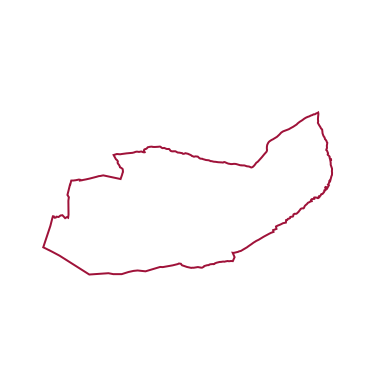 Negresti, Neamt, Romania (Equal Earth projection), rotated 137°
{"feature_id": "2599482B27531373518926", "entity_name": "Negresti", "entity_type": "district", "adm_level": 2, "iso_a3": "ROU", "parent_name": "Romania", "parent_adm1": "Neamt", "projection": "equal_earth", "projection_center": [26.323, 47.038], "detail": "fine", "context": "isolated", "style": "outline", "palette": "rose", "viewbox_px": 384, "rotation_deg": 137, "n_neighbors": 0, "source": "geoboundaries", "source_scale": "gbopen_adm2", "svg_char_len": 5943}
<svg xmlns="http://www.w3.org/2000/svg" viewBox="0 0 384 384"><g transform="rotate(137 192 192)"><path d="M335.3,244.5L332.3,235.8L323.4,201.7L308.5,189.6L305.5,185.5L299.5,179.9L295.3,177.9L293.0,176.8L288.6,174.2L285.3,171.7L280.1,165.7L266.4,158.9L264.6,157.0L256.1,151.5L251.6,149.0L250.3,148.6L249.1,147.1L249.3,145.3L246.8,140.6L244.3,137.0L243.6,136.6L242.2,135.3L238.9,133.1L238.5,132.6L238.0,131.8L237.6,131.5L237.4,131.0L236.4,129.9L236.2,129.8L234.5,129.3L233.6,129.5L230.8,128.1L229.6,127.1L229.4,127.1L229.0,127.1L228.2,126.8L227.7,126.5L226.0,125.2L225.5,124.8L225.5,124.6L224.7,124.1L224.0,124.2L222.4,123.6L219.7,122.1L219.1,121.7L218.5,121.1L217.4,120.4L216.5,119.7L216.2,119.4L216.1,119.2L215.7,118.8L214.7,118.3L213.0,117.2L212.5,116.5L211.5,115.6L210.6,115.0L209.3,113.6L205.3,115.3L203.7,119.8L203.0,119.0L200.0,117.3L199.4,116.9L198.1,116.5L196.5,115.6L189.3,114.0L188.0,113.9L184.0,113.3L181.4,113.0L180.6,112.8L178.4,112.4L175.8,111.6L170.0,110.4L163.9,108.8L161.9,108.2L159.6,107.2L158.7,108.8L155.4,107.4L154.1,109.5L152.3,109.0L149.5,107.9L146.7,107.1L144.2,105.6L143.9,105.9L142.8,106.7L142.4,107.3L142.0,107.2L141.8,107.0L141.5,106.6L141.1,106.6L140.4,106.9L139.8,106.8L139.3,106.4L138.6,106.2L138.1,106.1L137.1,106.7L135.0,105.3L134.2,105.5L133.4,106.2L132.9,106.4L132.4,106.2L131.8,106.1L130.9,105.2L130.4,104.9L129.8,104.8L128.9,104.8L128.4,104.9L128.1,104.8L127.6,104.8L126.8,105.0L124.7,105.3L124.1,105.5L123.9,105.5L122.7,105.0L122.3,104.7L121.8,104.1L121.4,104.0L120.7,104.1L119.8,104.6L119.1,104.8L118.6,104.9L117.2,104.9L116.5,104.8L114.9,105.0L114.4,105.0L113.9,104.8L112.7,104.4L111.6,104.3L111.3,104.2L110.9,103.7L110.7,103.6L110.5,104.0L110.5,104.5L110.5,104.9L110.0,105.1L109.3,105.1L108.7,104.6L108.0,104.3L107.5,103.7L107.3,103.6L106.7,104.5L106.4,104.6L106.2,104.5L106.0,104.0L105.9,103.9L105.3,103.7L105.2,103.5L104.8,103.0L104.6,102.6L104.4,102.3L104.0,102.0L103.6,102.0L103.9,101.7L104.0,101.6L103.9,101.5L103.4,101.4L102.8,101.5L102.8,101.4L102.5,101.3L101.8,102.2L101.5,102.0L101.4,101.9L101.0,101.7L100.5,101.7L99.1,102.2L98.7,102.2L98.2,101.7L97.6,101.6L97.0,101.7L95.9,101.8L95.8,102.0L95.3,102.0L94.4,102.3L94.3,102.6L94.3,102.8L94.0,103.0L93.8,103.0L93.6,102.8L93.4,102.5L93.1,102.3L92.7,102.4L92.1,102.8L91.8,103.9L91.6,104.4L90.9,104.6L90.7,104.5L90.6,104.3L91.0,103.5L91.3,102.5L91.2,102.3L90.6,102.4L90.3,102.6L90.1,102.9L89.9,103.0L89.4,102.9L87.3,103.6L87.5,104.4L87.5,104.7L86.5,104.8L85.5,105.3L84.6,105.9L83.8,106.5L83.3,106.4L82.8,106.7L82.1,106.8L82.2,106.6L79.2,108.5L78.0,109.0L76.4,110.6L75.5,111.8L74.2,113.0L73.6,113.7L73.4,114.2L72.0,117.3L70.7,118.7L70.1,119.6L69.6,120.3L69.3,120.8L69.2,120.6L68.6,120.4L68.3,120.7L67.9,121.3L68.2,122.8L67.9,123.4L67.3,123.9L67.2,124.2L67.2,124.6L67.2,125.6L67.3,126.3L67.3,126.7L67.1,127.0L66.1,127.5L65.5,129.1L65.1,130.1L65.0,130.7L65.1,131.2L64.7,131.3L64.3,131.7L63.3,132.1L61.8,133.9L59.5,135.7L59.4,136.4L59.1,137.1L58.8,137.8L58.6,139.3L58.7,139.9L58.2,140.8L57.8,141.7L57.8,142.5L57.4,143.9L56.5,145.9L55.4,147.3L54.2,149.0L54.3,150.4L53.8,152.1L53.5,153.9L52.8,156.7L51.5,157.7L50.3,159.3L48.5,161.0L47.1,162.2L46.3,162.9L45.5,164.1L46.4,164.3L47.7,164.8L49.0,165.0L49.4,165.2L50.0,165.8L50.4,166.0L51.3,166.1L53.0,166.9L54.5,167.3L55.7,167.8L56.4,168.2L56.7,168.2L58.1,168.7L60.2,169.1L62.3,169.3L65.5,169.9L68.1,170.1L69.4,170.0L69.9,170.1L73.5,170.7L75.8,171.3L78.4,171.9L84.0,174.2L86.3,174.6L88.7,174.4L92.2,174.4L97.1,175.4L98.3,175.8L100.8,176.2L101.6,176.2L102.7,176.0L104.8,175.2L105.6,174.6L106.5,173.9L108.0,172.3L108.3,171.7L108.5,171.5L109.4,170.9L110.2,170.6L113.5,170.3L117.2,169.8L122.9,169.3L123.8,169.3L124.5,169.5L125.2,169.5L127.8,169.0L128.7,168.9L130.6,168.9L131.1,169.1L131.8,169.4L132.1,169.8L132.4,170.6L132.9,171.7L134.4,173.5L135.5,175.6L136.7,176.8L137.4,177.4L137.6,177.8L138.5,178.7L140.2,181.6L140.7,182.4L141.4,183.3L142.4,184.2L143.8,185.2L144.6,186.0L145.3,187.0L145.9,187.7L146.5,188.8L147.5,191.1L147.7,191.6L148.1,191.9L148.5,192.2L149.3,192.4L150.1,193.4L151.0,194.3L152.6,196.0L154.1,197.9L155.4,199.3L156.3,200.7L156.7,201.3L157.2,201.7L157.5,202.3L157.8,203.2L158.4,204.1L160.0,205.9L160.2,206.3L161.7,208.8L161.9,209.4L162.8,210.3L163.4,211.3L163.6,212.6L163.6,213.8L164.0,214.4L165.3,215.8L166.4,216.4L166.7,216.8L167.1,217.8L167.5,218.4L167.5,219.1L167.8,220.1L168.1,220.8L168.6,221.9L168.9,222.7L170.4,224.9L171.1,225.1L171.9,225.5L172.5,226.1L172.7,226.4L172.7,227.1L173.9,228.7L174.3,229.3L175.0,230.0L175.6,230.7L176.1,232.4L176.6,233.4L177.7,234.2L178.0,234.7L178.8,235.2L179.6,236.7L179.5,237.4L179.4,238.7L179.5,239.2L181.0,240.5L181.5,241.4L182.2,243.1L182.8,243.6L183.5,244.0L183.9,244.7L184.1,245.4L184.1,246.1L184.2,246.3L184.3,246.8L184.5,247.1L186.1,248.3L186.5,248.7L186.9,248.9L187.4,249.4L188.4,250.2L189.8,251.6L190.2,252.1L190.3,252.4L191.1,253.1L192.0,253.8L193.9,254.9L195.3,254.7L196.7,255.0L196.9,255.3L197.9,255.6L198.4,255.4L199.0,255.0L199.3,254.3L199.4,253.3L199.5,253.3L200.0,253.7L200.4,254.2L200.8,254.8L201.3,256.0L202.3,256.8L203.4,257.4L204.4,258.7L205.0,259.3L206.2,260.0L207.3,260.4L208.9,261.3L213.4,264.8L217.2,267.5L218.7,268.5L219.4,269.2L221.0,271.0L224.1,272.5L225.3,267.8L225.1,266.5L225.3,265.0L226.5,264.1L226.8,263.1L226.9,261.5L227.3,260.3L227.3,260.0L227.8,259.2L227.6,258.6L227.3,257.9L227.1,256.6L227.1,256.0L227.7,255.1L228.0,254.7L228.4,254.4L228.5,254.2L228.7,253.8L230.7,252.8L231.0,252.5L235.4,250.2L245.5,264.6L246.2,265.1L247.9,266.1L249.4,267.2L251.6,268.3L257.3,271.4L260.9,273.5L263.6,275.2L264.4,275.6L265.4,276.3L266.0,276.7L265.4,277.1L266.2,278.2L269.0,279.9L271.2,281.5L272.5,282.7L276.1,280.4L276.2,280.6L285.1,274.8L285.1,274.3L285.6,272.8L285.6,272.2L288.4,269.9L297.8,259.6L300.1,257.7L300.5,258.9L302.6,259.4L302.6,263.4L304.2,264.5L306.6,264.7L308.0,266.4L309.1,266.2L310.0,266.9L309.7,268.5L310.3,269.1L312.8,267.6L318.7,263.8L338.5,253.0L335.3,244.5Z" fill="none" stroke="#9f1239" stroke-width="2"/></g></svg>